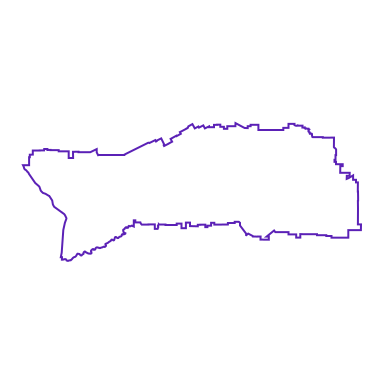 the district of Pingelly, Western Australia, Australia
{"feature_id": "25037944B83412079426782", "entity_name": "Pingelly", "entity_type": "district", "adm_level": 2, "iso_a3": "AUS", "parent_name": "Australia", "parent_adm1": "Western Australia", "projection": "albers", "projection_center": [117.054, -32.532], "detail": "fine", "context": "isolated", "style": "outline", "palette": "violet", "viewbox_px": 384, "rotation_deg": 0, "n_neighbors": 0, "source": "geoboundaries", "source_scale": "gbopen_adm2", "svg_char_len": 5759}
<svg xmlns="http://www.w3.org/2000/svg" viewBox="0 0 384 384"><path d="M24.7,169.2L25.1,169.6L26.1,170.2L26.5,170.6L27.4,171.8L28.3,172.5L28.9,173.8L35.3,183.1L35.7,183.4L38.7,186.0L39.2,186.5L39.5,187.0L40.7,190.5L41.2,191.2L42.9,192.9L45.5,193.8L49.1,196.0L49.3,196.0L52.2,200.5L52.9,204.5L54.1,206.7L54.3,206.9L64.2,214.1L65.0,215.2L66.3,217.9L66.4,218.3L66.4,218.7L64.9,222.8L63.3,230.0L61.7,252.7L60.8,257.2L62.0,257.2L61.9,259.7L62.5,259.7L63.2,259.6L63.5,259.4L64.0,259.4L64.5,259.2L65.0,259.1L65.9,259.3L66.2,259.7L66.6,260.5L66.9,260.6L67.6,260.7L67.9,260.9L68.7,260.7L69.0,260.5L69.1,260.4L70.3,260.3L70.6,260.1L70.8,260.2L71.8,259.3L72.6,258.3L73.3,257.6L74.2,257.1L75.2,256.8L75.7,256.4L76.1,255.9L76.4,255.5L76.7,254.8L77.1,254.3L77.1,254.2L77.4,253.8L77.6,253.7L79.4,254.0L79.7,254.2L79.8,254.5L80.6,255.3L81.2,255.5L81.6,255.4L81.8,255.2L82.4,254.4L82.7,254.3L83.0,254.2L83.4,254.0L83.6,253.5L83.5,252.9L83.8,252.2L84.7,251.5L85.0,251.5L85.4,251.8L85.7,252.2L86.1,252.3L86.4,252.6L87.1,252.8L87.5,253.2L88.1,253.3L88.4,253.5L89.2,253.5L89.7,253.7L90.6,253.7L91.3,253.4L91.5,253.0L91.4,252.4L91.4,252.0L91.3,251.9L91.1,251.8L91.0,251.4L91.0,250.9L91.1,250.6L91.4,250.2L92.5,249.2L92.9,249.1L93.5,249.1L93.7,249.3L93.6,249.6L93.9,249.8L94.5,249.7L95.0,249.6L95.3,249.3L95.5,248.4L95.7,248.1L96.0,247.9L96.4,247.5L96.9,247.4L97.3,247.4L97.8,247.5L98.3,247.8L98.8,247.7L99.8,248.1L100.4,248.0L101.1,247.6L102.2,247.4L103.7,246.7L104.4,246.7L104.6,246.9L105.0,246.8L105.2,246.7L105.7,246.2L106.0,245.8L106.0,245.6L105.4,244.3L105.5,243.9L107.8,242.9L109.0,241.9L110.4,241.1L110.6,241.0L111.3,239.9L111.5,239.7L111.8,239.6L112.3,239.7L113.2,240.3L113.5,240.4L113.8,240.3L114.0,240.2L114.3,239.7L114.4,239.2L114.6,238.6L114.8,237.8L115.0,237.3L115.5,237.0L115.8,237.0L116.4,237.2L117.0,237.8L117.3,238.0L117.8,238.1L118.3,238.0L118.5,237.8L119.4,236.8L120.8,236.5L121.0,236.4L121.7,235.7L121.8,235.3L121.8,234.9L121.8,234.7L122.4,234.1L122.5,234.1L122.9,234.4L123.8,234.4L124.4,234.1L124.8,234.0L125.3,233.7L125.4,233.4L125.4,233.2L124.2,232.9L124.0,232.7L123.6,232.2L123.4,231.8L123.5,231.4L123.3,231.0L123.3,230.7L123.2,230.4L123.1,230.1L123.3,229.7L123.5,229.5L124.6,228.9L124.7,228.5L125.0,228.1L125.5,227.6L125.8,227.5L126.0,227.3L126.1,227.2L126.3,227.2L126.6,227.3L126.8,227.6L126.7,227.8L126.8,227.9L127.2,227.8L127.9,227.8L128.1,227.6L128.2,226.9L128.5,226.2L128.9,225.9L129.3,226.0L129.8,226.3L130.1,226.3L130.3,226.3L131.4,225.8L131.9,225.6L132.3,225.7L132.5,226.0L132.9,226.2L133.4,226.3L133.8,226.5L133.8,220.3L135.3,220.3L135.3,222.4L140.4,222.4L140.6,223.1L140.8,223.5L141.1,223.9L141.7,224.6L148.5,224.6L148.5,224.4L154.8,224.4L154.8,228.9L157.6,228.9L157.7,228.5L158.2,227.6L158.1,226.9L158.2,226.4L157.9,226.0L157.9,225.8L158.2,225.1L158.9,224.6L158.9,224.4L159.0,224.5L165.5,224.5L165.5,225.0L176.7,225.0L176.7,223.6L181.5,223.6L181.5,228.2L185.9,228.2L185.9,222.6L190.0,222.6L190.0,226.1L197.8,226.3L197.8,224.8L200.3,224.8L200.3,224.7L205.3,224.7L205.3,227.1L207.4,227.1L207.4,225.7L211.1,225.7L211.1,222.8L214.3,222.8L214.3,224.6L218.6,224.6L227.9,224.5L227.9,223.0L234.7,223.0L234.7,221.8L238.8,221.8L240.0,222.8L240.0,225.5L246.1,233.6L246.1,235.1L246.3,235.2L248.2,233.6L252.9,236.1L252.9,236.5L257.4,236.6L257.5,236.5L260.6,236.5L260.5,239.6L268.8,239.7L268.8,236.6L266.6,236.6L274.1,230.5L275.3,232.1L288.5,232.1L288.5,234.4L296.2,234.4L296.2,237.6L300.3,237.6L300.3,234.1L303.6,234.2L317.0,234.2L317.0,235.2L326.3,235.2L326.3,236.0L331.5,236.0L331.5,237.7L348.3,237.7L348.3,230.1L360.9,230.1L361.0,224.4L357.9,224.4L358.0,208.7L357.9,200.8L358.1,200.7L358.1,197.4L358.0,191.5L357.8,191.5L357.9,182.4L356.0,182.4L356.0,179.8L353.1,179.8L353.1,175.4L348.6,178.1L346.7,178.9L346.8,175.8L349.6,175.8L349.7,172.8L340.2,172.8L340.3,166.1L342.7,166.1L342.7,164.2L336.0,164.2L336.0,161.9L334.5,161.9L334.5,159.8L335.5,159.8L335.5,155.1L336.1,155.1L336.1,149.4L335.9,149.1L335.1,148.2L334.2,147.6L333.9,147.1L334.0,137.6L322.8,137.7L322.8,137.1L312.6,137.1L312.4,137.0L312.4,136.5L312.2,136.2L311.9,135.8L312.0,135.4L312.0,134.0L311.6,133.6L310.8,133.7L310.4,133.6L310.2,133.8L309.8,133.8L309.7,133.6L309.7,133.4L309.9,133.0L309.6,132.8L309.7,132.4L309.4,132.3L309.2,132.0L308.7,131.8L308.4,131.2L308.4,130.9L308.6,130.0L308.8,129.8L309.1,129.8L309.3,129.5L308.8,129.2L308.6,128.7L307.3,128.8L306.8,128.5L306.4,128.4L306.0,128.6L305.6,128.6L305.4,128.7L305.0,127.9L304.6,127.9L304.6,127.4L304.1,127.5L302.4,127.5L302.5,125.7L298.0,125.7L297.7,125.3L297.4,125.4L297.1,125.7L296.9,125.8L296.0,125.7L295.4,125.6L294.8,125.2L294.5,125.1L294.3,124.8L294.2,124.6L294.2,124.2L294.3,123.9L288.5,123.9L288.5,127.9L283.3,127.9L283.3,130.0L283.2,130.0L258.4,130.0L258.4,124.8L250.6,124.8L250.6,126.2L247.7,126.2L247.7,128.1L244.7,128.0L243.5,127.4L235.5,123.1L235.4,126.2L227.3,126.2L227.3,128.8L223.9,128.8L223.9,126.8L220.3,126.8L220.3,124.7L217.1,124.7L217.1,124.9L214.0,124.9L214.0,127.2L209.0,127.2L209.0,126.4L204.9,128.4L203.3,125.4L199.0,127.6L198.4,126.5L194.8,128.4L192.4,124.1L188.3,126.4L187.9,127.7L186.7,128.4L186.8,128.5L181.5,131.3L179.9,132.1L180.8,133.8L176.6,136.1L176.4,135.7L170.6,138.9L172.1,141.7L168.4,143.7L168.4,143.8L166.6,144.7L164.1,146.0L163.7,145.2L164.3,144.7L161.2,138.4L156.2,140.9L156.4,141.3L156.0,141.5L155.3,140.1L149.4,143.0L148.9,142.7L148.1,142.8L127.2,153.2L126.0,153.8L124.3,154.7L124.3,155.0L98.7,155.0L98.1,155.2L96.7,152.3L96.7,149.1L90.3,152.2L78.5,152.2L78.5,151.7L73.0,151.8L73.1,158.0L68.7,158.0L68.7,151.3L58.7,151.3L58.7,150.1L50.5,150.1L50.5,149.9L47.4,150.0L47.4,149.0L44.2,149.0L44.1,150.4L39.7,150.4L39.7,150.5L32.8,150.5L32.8,154.6L29.8,154.7L29.8,157.2L29.1,157.2L29.1,165.2L23.0,165.2L23.7,166.6L24.1,168.1L24.3,168.7L24.7,169.2Z" fill="none" stroke="#5b21b6" stroke-width="2"/></svg>